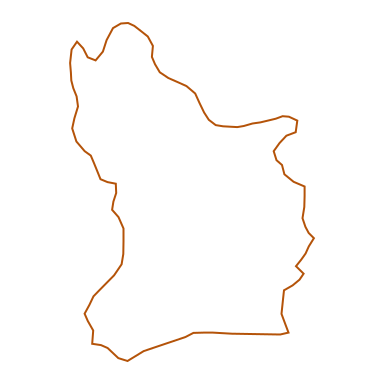 outline of Delta, Minas Gerais, Brazil
{"feature_id": "56859067B91011546493920", "entity_name": "Delta", "entity_type": "district", "adm_level": 2, "iso_a3": "BRA", "parent_name": "Brazil", "parent_adm1": "Minas Gerais", "projection": "natural_earth1", "projection_center": [-47.811, -19.931], "detail": "fine", "context": "isolated", "style": "outline", "palette": "amber", "viewbox_px": 384, "rotation_deg": 0, "n_neighbors": 0, "source": "geoboundaries", "source_scale": "gbopen_adm2", "svg_char_len": 1360}
<svg xmlns="http://www.w3.org/2000/svg" viewBox="0 0 384 384"><path d="M297.3,120.6L288.9,116.7L282.6,116.2L275.8,118.7L267.9,120.6L260.3,122.4L252.5,123.5L243.8,126.0L237.3,127.1L223.0,126.3L215.7,125.1L208.8,119.8L204.1,112.5L199.6,103.2L195.2,93.5L186.5,86.1L177.4,82.0L168.3,78.0L159.8,72.3L155.0,64.2L151.9,56.9L152.9,45.9L147.8,36.5L140.6,30.8L134.3,25.9L128.1,23.0L120.9,23.5L113.0,28.1L106.6,40.1L102.9,51.6L95.6,60.4L87.7,57.3L83.2,48.4L77.0,41.7L71.6,49.5L70.1,63.0L70.9,72.6L71.3,80.5L73.3,88.2L76.6,96.4L78.0,106.5L74.4,118.3L72.2,128.4L76.4,141.5L84.7,151.2L90.8,155.6L93.9,162.9L97.2,171.0L100.5,179.2L107.5,182.1L115.8,183.7L116.2,193.0L113.4,201.6L112.1,209.8L118.5,217.1L123.5,228.5L123.5,241.5L123.3,254.0L121.6,264.3L114.1,275.3L107.3,282.2L99.8,289.8L93.5,296.3L89.4,304.9L84.6,313.7L87.8,321.0L93.2,330.5L92.2,343.8L101.0,345.1L107.6,348.0L118.3,358.1L127.5,361.0L143.7,351.1L185.5,337.0L193.4,332.9L204.4,332.6L212.7,332.6L231.8,333.7L280.2,334.5L288.5,332.6L285.4,324.4L281.5,313.9L283.0,299.5L284.0,290.3L292.6,285.4L299.5,279.7L303.6,273.7L296.0,266.2L301.2,259.7L305.6,253.5L308.8,246.4L313.9,238.2L308.7,233.0L305.4,226.8L302.5,218.2L304.3,207.0L304.6,195.9L304.6,186.5L293.6,181.8L284.4,174.3L282.0,165.0L276.5,160.2L273.7,151.2L279.5,143.1L286.4,135.7L295.7,132.2L297.3,120.6Z" fill="none" stroke="#b45309" stroke-width="2"/></svg>